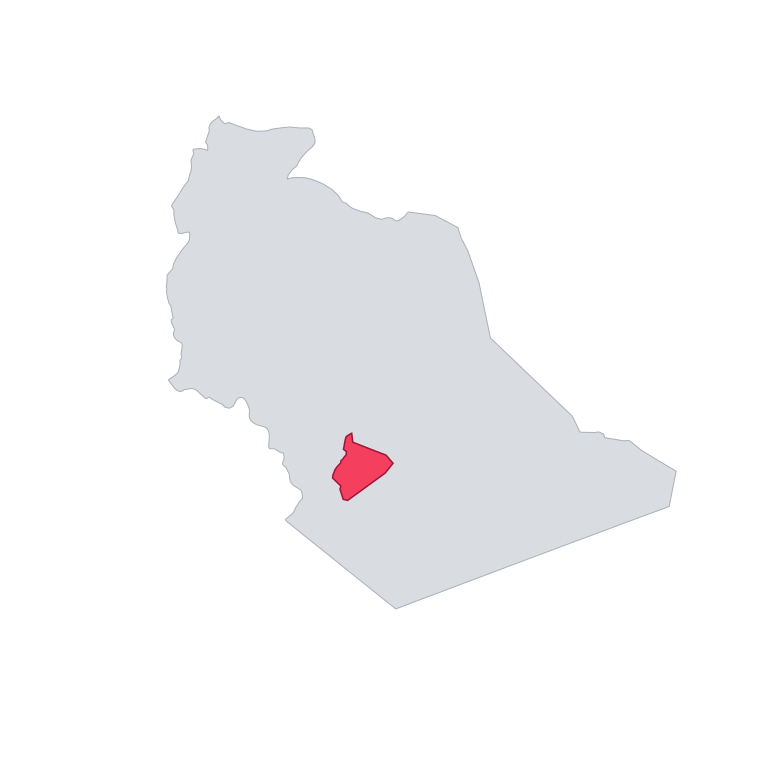 location of Mourtcha, Ennedi, Chad, rotated 129°
{"feature_id": "50815135B12013942151217", "entity_name": "Mourtcha", "entity_type": "district", "adm_level": 2, "iso_a3": "TCD", "parent_name": "Chad", "parent_adm1": "Ennedi", "projection": "natural_earth1", "projection_center": [21.235, 16.282], "detail": "fine", "context": "in_parent", "style": "filled", "palette": "rose", "viewbox_px": 768, "rotation_deg": 129, "n_neighbors": 0, "source": "geoboundaries", "source_scale": "gbopen_adm2", "svg_char_len": 4261}
<svg xmlns="http://www.w3.org/2000/svg" viewBox="0 0 768 768"><g transform="rotate(129 384 384)"><path d="M551.4,233.3L551.5,250.0L551.6,266.7L551.7,283.4L551.8,300.2L551.8,316.8L551.9,333.5L552.0,350.2L552.0,366.9L552.1,372.5L551.7,374.7L551.5,375.0L550.9,375.3L543.3,373.8L540.0,373.7L535.3,374.9L528.5,375.6L524.1,375.4L521.0,378.2L518.7,381.7L519.8,390.0L519.6,392.7L518.6,395.6L516.6,398.0L514.5,400.0L513.3,401.7L511.7,405.4L510.6,407.2L510.7,409.6L510.3,412.0L509.1,413.3L505.9,414.3L503.8,415.4L502.2,417.2L501.1,418.5L501.7,420.2L502.5,422.5L503.0,426.2L503.3,428.4L504.8,430.2L505.8,431.4L506.1,433.0L505.2,434.3L501.3,437.0L499.8,438.0L498.0,439.3L497.3,439.8L494.5,442.4L493.0,444.6L492.3,446.5L492.4,449.1L493.8,453.0L495.4,456.3L496.0,458.8L496.4,461.5L496.3,464.1L495.4,466.4L494.0,468.4L488.7,472.2L486.0,476.4L483.9,481.5L483.4,484.2L484.0,486.1L485.1,487.7L486.7,488.4L489.0,488.7L492.9,487.8L496.4,487.3L500.3,489.1L502.2,493.4L501.5,496.5L502.9,502.1L504.2,509.0L504.1,511.3L504.7,512.1L507.1,512.6L507.6,514.2L506.8,526.1L507.9,529.5L509.6,531.9L511.4,533.1L513.2,534.7L514.1,535.8L516.2,536.1L518.6,538.3L519.2,541.2L519.1,544.0L517.7,550.1L516.6,554.1L515.2,553.9L512.4,552.9L509.0,552.0L504.9,551.3L500.9,552.9L496.6,555.1L495.2,556.7L494.0,557.6L492.1,557.5L490.4,557.8L489.5,559.3L487.9,561.0L481.7,564.5L480.4,565.8L479.6,567.0L479.6,568.4L480.3,571.2L480.2,574.8L478.9,577.7L477.3,579.6L475.4,580.3L473.9,580.7L472.9,581.9L469.7,588.4L468.3,589.6L465.4,589.4L457.3,599.2L456.5,602.1L453.5,606.1L449.7,610.7L446.3,612.9L446.0,613.7L445.1,614.6L443.1,615.6L435.8,621.1L427.2,620.8L423.4,623.0L419.6,624.0L414.2,625.0L412.6,624.9L405.6,625.4L397.4,625.2L394.3,626.0L391.3,628.1L389.1,629.9L388.8,630.5L389.1,631.3L389.1,631.9L394.8,636.4L396.2,638.6L394.8,640.8L394.1,641.1L393.1,642.9L389.7,648.0L384.6,654.0L382.0,655.8L380.9,656.9L379.6,660.9L378.7,661.4L375.2,661.9L368.2,662.4L358.6,663.7L352.9,664.1L349.3,663.8L344.2,666.5L342.4,667.2L341.3,667.4L336.3,670.1L332.2,674.3L330.7,675.1L324.8,676.8L322.5,679.7L321.4,679.9L317.7,676.1L315.2,672.7L313.9,669.3L313.8,668.2L313.1,668.4L311.0,669.9L309.2,671.6L308.4,674.9L302.4,677.2L297.2,679.1L294.8,681.5L291.2,682.7L286.6,682.2L283.0,681.2L279.5,680.9L281.2,677.9L281.8,675.7L282.0,672.9L281.8,671.1L279.7,670.1L278.3,668.7L275.4,660.0L272.3,651.1L267.9,642.3L263.2,636.7L259.8,633.3L258.7,632.9L256.9,631.8L255.7,630.8L249.4,624.9L242.9,618.2L241.2,615.2L238.0,610.6L234.3,606.0L232.5,603.8L231.6,600.0L234.1,596.5L236.8,592.1L240.2,589.2L244.5,589.0L251.6,590.2L259.2,590.7L266.8,589.8L268.7,589.1L270.7,589.2L274.7,590.2L281.8,590.0L285.5,588.2L281.5,585.2L277.3,580.4L273.4,575.1L271.0,570.4L268.8,564.3L266.8,556.7L265.6,546.9L265.9,541.3L266.5,537.4L268.7,530.9L267.3,527.1L267.6,524.1L267.4,519.6L266.8,517.3L264.1,509.7L263.5,508.9L261.1,503.7L260.1,495.0L257.4,489.3L253.0,486.5L250.5,483.1L249.6,477.2L247.9,475.6L241.0,473.5L235.2,473.5L231.0,466.8L225.7,458.1L220.8,450.1L217.7,434.0L215.9,424.8L218.0,422.0L222.2,415.5L227.6,402.9L239.6,383.5L245.7,373.6L257.9,358.8L272.9,340.5L281.3,330.2L282.8,311.5L284.4,291.7L285.6,276.8L287.1,259.0L288.3,244.2L289.2,233.4L290.5,218.1L291.5,215.1L297.4,203.1L297.9,201.5L296.8,199.5L288.7,189.3L286.1,187.0L284.7,181.7L286.8,178.7L277.1,161.6L274.7,159.5L273.6,157.4L273.5,154.3L273.5,142.4L271.1,123.8L267.9,102.1L279.5,96.0L288.4,91.3L299.6,85.3L310.0,91.4L324.9,100.3L339.9,109.2L354.9,118.0L370.0,126.9L385.0,135.8L400.1,144.7L415.1,153.5L430.2,162.4L445.3,171.3L460.4,180.1L475.6,189.0L490.7,197.9L505.9,206.7L521.0,215.6L536.2,224.5L551.4,233.3Z" fill="#d9dde1" stroke="#a8b0b8" stroke-width="1"/><path d="M442.6,378.1L442.9,378.3L444.1,378.8L445.6,379.3L446.5,379.6L447.0,379.7L448.5,380.3L451.7,379.1L452.1,378.8L455.2,377.2L456.5,376.4L457.4,375.9L460.3,374.4L460.2,372.6L460.2,370.9L460.2,370.6L462.7,369.1L463.1,368.8L466.3,369.0L468.3,368.7L470.1,369.1L470.6,369.2L471.4,368.7L472.4,368.0L475.1,368.2L478.9,368.4L479.2,368.3L481.5,368.1L484.3,367.2L484.7,367.1L486.8,366.4L487.1,366.3L488.3,365.5L489.4,364.8L490.5,353.3L493.5,352.0L499.3,343.1L497.5,339.3L497.4,339.0L452.4,327.0L439.9,327.1L438.0,337.6L443.4,354.4L448.9,371.7L445.3,375.3L442.6,378.1Z" fill="#f43f5e" stroke="#9f1239" stroke-width="1.5"/></g></svg>